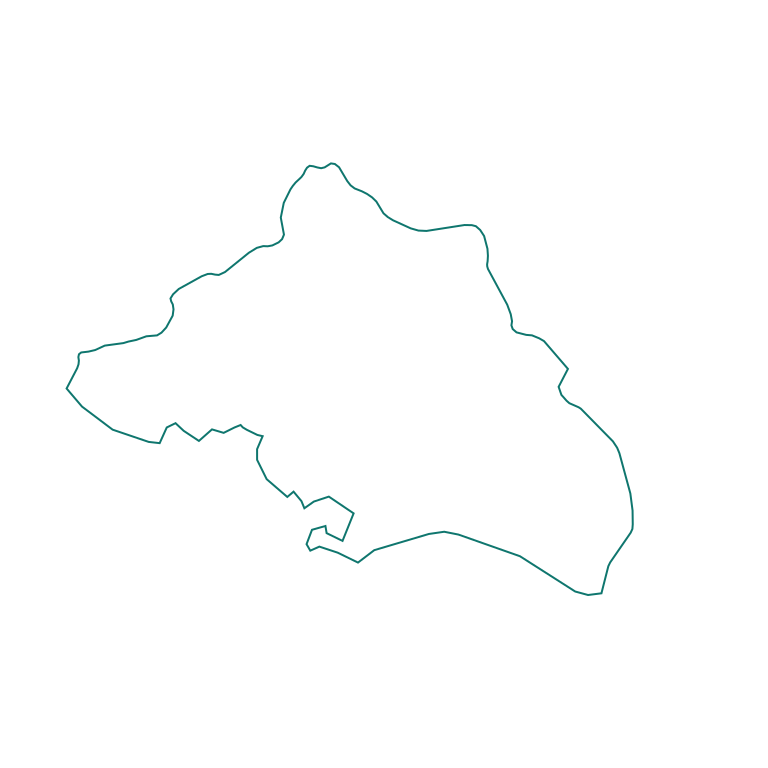 the border of Limassol, rotated 26°
{"feature_id": "CYP-3489", "entity_name": "Limassol", "entity_type": "District", "adm_level": 1, "iso_a3": "CYP", "parent_name": "Cyprus", "parent_adm1": "", "projection": "robinson", "projection_center": [32.895, 34.793], "detail": "fine", "context": "isolated", "style": "outline", "palette": "teal", "viewbox_px": 768, "rotation_deg": 26, "n_neighbors": 0, "source": "natural_earth", "source_scale": "10m", "svg_char_len": 1997}
<svg xmlns="http://www.w3.org/2000/svg" viewBox="0 0 768 768"><g transform="rotate(26 384 384)"><path d="M280.8,485.3L276.1,484.9L273.1,483.7L268.7,488.6L264.4,494.2L261.3,498.2L249.3,500.2L242.6,516.3L224.5,513.9L213.8,510.6L207.8,518.3L208.3,535.5L197.9,539.2L160.1,544.0L122.5,536.7L100.7,527.2L101.3,504.3L100.8,500.2L99.5,496.7L97.5,493.8L96.8,491.0L98.0,488.4L104.1,484.5L109.5,480.1L116.2,471.9L131.8,461.5L135.7,457.9L142.0,453.0L149.5,445.3L158.7,439.8L161.5,435.4L163.5,428.7L164.1,415.2L162.1,409.2L159.3,405.1L156.5,403.0L154.6,400.7L155.1,395.8L157.9,388.5L172.9,367.1L177.3,362.4L180.4,360.7L184.3,359.7L187.7,358.4L192.0,353.1L205.0,325.3L210.0,317.4L215.0,313.0L219.1,311.2L222.9,308.4L227.2,302.9L228.9,298.5L228.6,293.6L218.3,279.7L214.5,265.1L214.6,250.1L215.2,245.9L216.2,241.7L219.0,234.3L219.7,230.4L219.6,226.7L220.0,223.3L221.5,220.5L225.0,219.3L229.1,218.6L232.9,217.6L235.7,215.3L239.6,209.0L243.4,207.8L248.6,208.9L262.0,217.7L266.9,220.1L271.9,221.1L279.6,220.5L285.4,220.6L291.5,221.5L297.2,223.4L308.7,230.8L314.2,232.3L320.4,232.9L339.8,232.4L347.7,231.0L355.1,227.8L386.7,205.8L393.4,202.7L397.4,201.9L402.9,203.4L409.1,207.1L417.7,217.1L421.2,223.2L423.3,228.2L424.2,231.2L425.2,233.0L427.0,235.0L460.0,258.7L467.3,265.7L471.6,271.5L472.8,275.4L475.6,278.2L480.5,279.5L490.3,277.5L495.7,275.4L503.4,274.9L509.0,275.3L542.7,289.8L542.2,310.0L548.2,316.0L555.4,319.0L559.0,320.0L569.1,319.6L571.7,319.9L614.9,335.2L621.5,339.1L625.9,343.0L653.4,374.4L662.9,388.8L669.1,401.1L670.8,405.4L670.9,409.5L665.5,445.2L665.5,449.4L670.7,474.5L671.2,476.8L659.9,484.2L646.8,486.7L581.7,479.2L516.9,486.7L502.9,490.4L490.1,499.1L448.1,537.6L438.9,555.9L416.3,555.9L397.2,558.5L390.8,566.1L384.6,561.9L383.2,546.6L393.6,537.3L397.8,543.2L415.5,543.2L413.4,513.6L383.8,509.4L372.5,520.4L366.9,530.6L361.2,525.5L349.9,520.4L346.6,527.9L320.3,521.0L303.2,507.8L298.5,498.2L297.8,484.1L292.5,485.3L285.4,485.3L280.8,485.3Z" fill="none" stroke="#0f766e" stroke-width="2"/></g></svg>